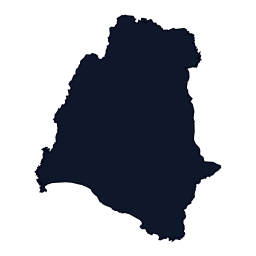 Lebak, Banten, Indonesia (Robinson projection)
{"feature_id": "22746128B73767534141998", "entity_name": "Lebak", "entity_type": "district", "adm_level": 2, "iso_a3": "IDN", "parent_name": "Indonesia", "parent_adm1": "Banten", "projection": "robinson", "projection_center": [106.147, -6.643], "detail": "fine", "context": "isolated", "style": "filled", "palette": "ink", "viewbox_px": 256, "rotation_deg": 0, "n_neighbors": 0, "source": "geoboundaries", "source_scale": "gbopen_adm2", "svg_char_len": 5749}
<svg xmlns="http://www.w3.org/2000/svg" viewBox="0 0 256 256"><path d="M192.7,34.6L191.5,34.1L191.0,34.9L190.4,34.1L190.0,34.5L189.7,34.0L189.1,34.0L189.0,33.4L188.1,33.6L188.3,31.8L186.8,32.0L186.2,31.0L186.5,30.1L184.1,28.7L175.6,29.7L173.4,28.6L168.0,31.0L167.2,30.3L162.5,30.5L162.1,28.7L160.8,28.1L160.1,26.5L158.7,25.7L158.3,26.1L156.5,25.9L156.7,24.8L155.5,23.3L152.9,23.6L152.7,22.4L151.8,21.6L151.7,20.4L150.7,19.8L146.5,21.4L146.7,22.5L146.1,22.8L144.1,22.2L144.2,21.4L146.0,20.5L146.0,19.2L142.1,18.5L141.7,18.8L141.8,20.8L140.2,21.3L139.0,20.5L138.3,22.8L136.7,23.4L134.3,22.2L134.5,20.3L135.3,19.3L133.9,19.0L133.8,17.5L132.8,16.5L126.5,15.9L125.2,15.4L124.1,16.0L122.2,15.7L119.8,17.2L119.4,18.0L118.7,17.7L118.6,18.3L117.6,18.4L117.3,18.9L118.1,20.0L117.4,22.3L117.8,23.6L115.8,25.6L116.0,27.3L115.1,27.0L113.0,27.8L111.6,27.4L110.0,28.4L110.6,34.0L109.7,36.3L109.8,37.7L108.7,37.8L108.2,37.3L108.9,39.4L108.7,41.2L109.7,42.1L110.1,43.3L108.9,45.8L107.5,46.1L107.6,48.0L106.4,50.5L106.3,53.4L105.4,55.1L105.2,57.1L103.4,58.6L103.1,57.9L101.9,59.6L100.0,59.8L97.8,58.5L97.0,55.7L95.9,55.4L95.6,54.6L94.0,54.4L93.8,54.8L93.2,53.9L92.1,53.8L90.6,55.3L86.4,55.0L84.4,58.1L81.0,61.1L80.6,64.3L79.5,65.3L78.6,68.1L76.7,69.5L76.1,72.0L76.4,74.5L76.0,75.1L74.6,75.1L74.0,75.8L71.7,81.6L71.2,81.3L70.5,81.8L69.2,84.1L71.6,88.1L70.9,88.9L70.3,90.6L68.6,90.2L69.6,95.6L67.9,96.5L67.0,96.1L66.6,96.5L67.2,97.9L66.7,99.5L65.6,100.4L66.0,102.1L65.6,103.5L63.9,105.3L62.4,105.0L60.6,108.9L59.7,109.4L58.9,108.9L57.7,112.0L57.2,112.2L56.6,113.6L55.4,114.4L55.2,118.5L54.5,118.6L53.9,119.5L54.8,119.7L54.7,121.6L55.1,122.2L56.9,122.4L57.8,123.6L57.7,125.7L58.4,128.6L57.9,129.3L58.0,132.7L56.8,134.3L56.1,137.1L56.6,141.8L56.1,142.8L55.0,143.1L55.0,143.9L53.6,145.2L53.7,148.1L52.3,149.2L50.7,152.0L49.0,152.1L48.9,151.5L47.1,151.3L47.0,151.8L46.5,151.9L46.9,151.6L46.3,150.6L46.5,149.9L47.6,150.1L48.8,149.9L49.7,148.7L48.1,150.0L47.3,150.0L47.8,149.5L47.8,149.2L46.2,149.9L45.8,147.9L46.7,147.9L46.9,147.6L45.6,147.6L45.4,148.8L45.8,148.9L46.0,151.0L45.0,150.4L44.7,148.0L44.6,149.6L44.0,149.3L44.5,149.9L44.1,149.8L44.2,150.2L43.7,149.8L43.8,148.3L43.5,147.9L43.7,148.4L43.0,149.1L43.4,149.5L42.8,149.7L43.8,150.1L43.7,150.8L44.8,151.1L43.4,154.0L43.3,155.6L44.1,155.6L44.2,157.2L43.7,157.3L44.0,158.0L43.5,158.3L43.6,158.8L43.1,158.8L42.6,159.5L42.9,160.1L42.3,160.2L42.7,160.7L42.0,160.5L41.6,161.9L42.1,162.4L41.6,162.4L42.0,163.3L41.1,163.5L41.7,164.1L41.1,165.3L41.4,166.3L40.8,165.9L39.6,167.2L39.2,166.8L39.3,167.7L38.6,167.5L38.6,168.2L38.1,168.0L38.3,168.6L37.1,169.7L36.7,171.5L35.5,171.6L35.8,172.3L36.8,172.5L36.6,174.4L37.9,173.6L37.9,175.7L38.8,175.0L39.7,175.9L38.7,176.8L39.7,178.8L39.2,179.5L38.4,179.4L38.8,180.4L37.2,179.9L37.4,180.9L38.0,181.9L38.9,181.2L40.1,181.9L39.0,183.2L39.8,184.6L40.3,184.5L40.5,183.1L42.6,184.1L41.2,184.9L41.3,186.4L42.1,186.8L41.9,187.3L40.3,187.3L40.4,188.3L41.1,188.6L41.3,189.1L40.3,191.7L42.3,192.0L44.9,190.2L46.0,191.1L46.3,190.3L44.3,188.4L44.1,186.7L44.6,185.8L47.4,183.8L52.3,182.3L65.8,181.5L71.8,182.0L81.1,184.2L81.9,183.9L83.5,185.1L86.0,185.9L91.0,188.6L91.8,189.6L92.0,190.8L94.7,194.0L97.6,196.2L100.2,201.5L102.0,202.1L102.4,202.9L103.1,203.0L103.3,203.8L104.1,203.8L105.4,204.9L106.3,204.8L107.1,205.5L111.6,207.2L112.8,209.0L115.4,210.3L117.1,210.2L119.6,212.0L121.6,211.9L121.9,212.6L125.5,212.4L129.7,213.6L140.2,219.4L142.3,221.8L142.7,224.7L141.0,225.7L140.4,226.7L141.3,227.8L142.3,228.6L144.3,228.2L146.0,228.9L147.0,230.5L147.7,230.7L147.5,231.7L147.9,232.7L151.8,234.5L152.7,232.7L157.8,234.0L159.9,236.5L159.2,239.4L160.5,239.6L163.0,238.6L163.8,236.9L164.6,237.3L164.6,238.2L166.1,238.2L167.2,236.7L167.8,236.6L169.5,237.7L169.5,240.1L172.2,239.1L173.0,239.7L172.7,240.6L174.0,239.9L174.9,237.8L175.2,238.6L176.1,238.9L177.5,237.6L178.2,238.1L178.2,239.1L179.9,239.3L180.0,237.5L181.0,237.2L181.5,237.9L183.1,236.1L183.5,236.2L183.5,235.5L184.5,234.1L184.1,233.8L184.2,232.8L183.5,232.6L183.3,231.8L183.5,229.4L184.0,229.1L183.1,228.0L183.9,227.9L183.7,226.7L184.0,226.3L182.4,222.5L182.9,221.7L182.8,219.5L184.7,218.4L184.9,216.9L185.3,216.8L185.2,215.5L184.7,215.0L184.5,212.0L183.1,210.7L183.3,209.4L185.7,208.1L187.0,204.9L190.7,203.0L190.6,201.1L192.3,199.5L192.1,198.3L193.2,198.1L193.9,197.3L194.2,195.7L193.6,195.1L194.2,193.2L193.9,192.1L195.1,189.9L195.0,187.8L195.7,186.4L195.2,185.6L195.6,184.6L195.3,183.8L196.5,183.5L196.9,182.5L198.3,183.4L199.2,182.7L200.0,181.7L199.8,180.5L201.2,178.7L202.5,178.1L203.0,178.5L204.3,177.5L204.9,177.8L205.2,177.0L205.6,177.5L205.7,176.8L207.4,176.0L209.2,175.9L209.5,176.4L210.0,176.0L210.0,175.2L212.5,174.7L215.2,171.6L217.5,170.4L220.5,167.4L220.0,165.7L217.2,164.8L213.1,162.6L203.8,162.0L202.9,157.6L200.3,155.7L199.4,154.4L199.6,150.5L198.9,148.2L195.3,144.3L193.4,140.3L193.3,137.4L194.0,131.0L193.7,122.2L194.0,121.7L193.3,120.2L192.9,117.7L193.7,111.3L192.1,104.5L189.8,101.6L191.8,98.6L189.7,96.7L187.7,93.6L187.4,90.2L186.6,89.6L186.2,87.9L186.9,81.5L188.0,80.3L188.8,77.3L188.5,72.3L187.4,70.1L186.6,69.7L186.6,69.0L185.6,68.6L185.6,67.7L187.2,68.1L192.2,66.6L196.4,66.9L197.1,65.3L196.6,65.0L196.1,65.4L195.8,65.0L196.7,64.1L197.4,64.0L198.2,62.2L199.3,61.8L198.7,60.6L200.0,60.0L199.2,59.5L200.5,59.5L199.1,57.8L198.2,58.3L197.7,58.1L198.2,57.1L200.3,56.9L200.3,55.4L199.2,55.1L199.5,53.2L198.4,54.4L197.6,53.5L197.5,52.5L196.2,52.4L195.9,50.9L196.9,50.5L197.0,49.9L196.4,50.3L194.8,49.2L195.0,48.6L196.0,49.2L195.7,48.3L195.1,47.9L195.9,47.2L194.7,46.3L194.2,43.7L192.9,43.6L193.9,42.6L193.2,41.4L194.2,40.5L193.6,39.3L193.9,37.5L193.2,37.3L192.8,36.4L193.5,35.4L192.4,35.2L192.7,34.6ZM146.8,231.5L146.9,231.0L146.9,230.6L146.7,231.0L146.8,231.5Z" fill="#0f172a" stroke="#020617" stroke-width="1.5"/></svg>